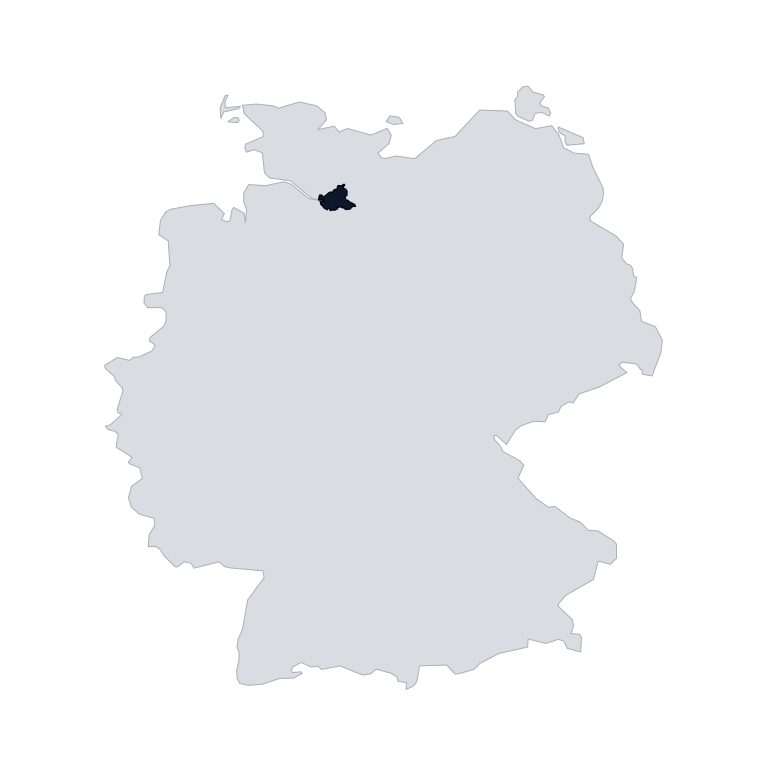 location of Hamburg within Germany, rotated 353°
{"feature_id": "DEU-1578", "entity_name": "Hamburg", "entity_type": "State", "adm_level": 1, "iso_a3": "DEU", "parent_name": "Germany", "parent_adm1": "", "projection": "natural_earth1", "projection_center": [10.019, 53.566], "detail": "fine", "context": "in_parent", "style": "filled", "palette": "ink", "viewbox_px": 768, "rotation_deg": 353, "n_neighbors": 0, "source": "natural_earth", "source_scale": "10m", "svg_char_len": 5790}
<svg xmlns="http://www.w3.org/2000/svg" viewBox="0 0 768 768"><g transform="rotate(353 384 384)"><path d="M327.4,670.3L306.0,658.5L287.1,659.7L284.0,655.9L277.5,656.2L267.8,650.2L259.2,653.7L257.1,657.2L257.7,659.2L266.4,659.5L267.6,661.2L258.7,664.8L244.2,663.6L227.1,667.1L212.8,666.6L204.5,663.7L202.3,658.3L202.9,650.3L206.5,639.8L207.5,632.0L206.0,627.1L208.1,619.7L213.8,609.9L222.4,581.6L241.4,561.6L241.1,554.7L208.6,547.7L203.3,545.7L198.7,540.5L172.9,543.6L170.7,538.3L163.9,536.1L156.7,540.4L154.2,539.8L144.4,527.2L141.9,521.3L137.3,517.4L130.2,516.7L132.5,505.0L139.3,496.4L139.5,489.3L125.3,483.4L118.2,475.3L116.5,465.8L120.8,454.9L132.6,448.3L131.4,437.6L121.4,432.0L120.8,430.2L125.1,426.2L110.4,414.0L114.0,401.9L111.5,398.3L104.6,395.6L102.4,392.0L107.5,391.1L119.3,382.8L119.8,381.4L116.5,380.2L116.1,376.7L124.0,359.0L123.7,355.9L117.6,347.3L117.6,344.2L109.1,334.4L109.2,331.3L122.7,325.2L134.2,329.6L138.5,326.9L144.1,327.3L157.9,322.8L161.7,317.4L156.5,313.0L157.1,309.5L172.7,299.7L175.3,295.0L176.4,286.0L174.4,283.0L172.4,281.0L159.0,279.5L155.6,274.3L156.9,267.5L159.2,266.2L175.4,266.2L182.0,246.5L185.9,240.3L187.3,215.7L178.7,208.4L182.1,194.3L188.3,186.7L193.1,184.6L213.9,183.4L236.9,183.9L246.3,195.4L242.7,201.2L248.3,204.0L251.0,203.0L254.5,192.2L256.5,190.5L266.0,197.6L266.1,207.0L268.8,194.3L266.9,185.5L268.3,176.9L273.9,169.6L290.7,172.7L309.3,171.1L316.3,174.4L332.2,190.9L344.3,194.5L335.0,191.0L315.8,170.9L295.6,165.6L291.1,159.9L291.4,139.7L283.8,135.7L275.7,137.1L274.6,132.5L275.9,129.1L294.2,123.7L294.6,118.3L278.2,98.7L277.5,90.1L291.5,90.6L308.5,94.6L312.6,97.4L334.3,93.8L350.9,99.6L358.7,107.8L359.1,114.9L349.4,123.4L366.0,122.1L370.1,128.3L379.0,126.0L401.4,135.4L418.4,130.6L421.5,138.2L418.2,145.9L406.3,154.1L408.9,159.2L412.8,160.3L424.0,159.2L441.9,164.2L465.7,148.7L484.7,146.9L512.4,123.7L539.7,128.1L547.0,138.0L565.4,149.0L582.0,148.1L588.1,158.5L591.0,171.3L600.8,178.0L615.0,180.9L617.7,194.4L625.2,215.6L625.1,222.2L622.7,229.4L618.2,235.6L609.0,242.9L608.5,247.1L632.3,265.3L638.9,274.5L635.3,287.6L639.2,294.1L643.1,296.2L644.8,299.6L644.9,307.2L647.9,309.4L643.4,323.3L639.1,328.9L640.6,333.8L646.9,342.3L647.2,353.2L660.3,360.1L665.6,374.5L662.6,386.9L651.0,408.7L641.5,405.7L642.0,401.1L640.3,400.8L637.1,394.8L623.1,391.4L619.2,394.2L626.4,402.3L597.6,413.2L576.6,417.6L569.3,425.8L565.5,424.2L557.1,427.7L553.7,433.0L543.5,434.5L539.1,441.2L528.1,439.2L514.8,442.2L508.9,445.6L498.2,458.9L489.3,448.7L487.0,448.7L486.5,452.1L491.8,459.4L493.9,465.6L509.5,476.8L512.9,481.5L505.5,493.9L520.8,516.0L532.2,526.4L538.6,526.4L552.7,540.0L562.0,544.9L569.2,554.4L578.3,555.8L592.3,567.2L595.2,571.1L593.6,585.4L586.8,590.5L575.0,585.9L568.2,603.4L538.6,616.0L530.1,623.7L530.1,626.2L542.4,641.0L542.5,647.6L539.1,654.5L547.6,656.3L549.0,659.8L546.6,673.9L533.7,668.8L531.2,661.0L525.8,658.7L513.1,661.2L495.9,654.7L494.5,662.6L465.1,665.5L444.8,673.2L438.8,678.2L422.8,680.7L418.9,680.3L412.1,670.6L384.9,668.1L380.5,682.9L377.0,687.1L368.8,689.9L369.9,683.1L361.5,680.7L361.1,676.3L355.5,671.8L341.5,666.1L335.3,670.1L327.4,670.3ZM580.8,130.3L582.4,135.5L580.8,138.2L573.9,133.7L567.1,133.8L563.2,140.6L560.2,140.9L549.6,134.7L547.8,131.7L548.5,117.8L551.7,114.8L552.2,110.5L557.9,106.0L563.1,105.8L567.3,112.3L577.4,116.6L578.2,118.5L572.9,124.0L574.2,127.0L580.8,130.3ZM611.7,163.8L612.0,169.9L594.6,169.3L593.1,164.7L594.2,160.2L588.3,155.3L588.3,150.1L611.7,163.8ZM258.1,94.4L254.3,100.6L255.1,89.7L261.7,78.1L264.5,78.4L260.8,83.7L260.1,90.4L275.1,91.0L273.3,93.0L258.1,94.4ZM434.6,127.6L425.3,127.7L418.2,123.8L422.6,118.6L431.6,121.1L434.6,127.6ZM272.5,104.8L270.1,106.7L261.2,104.7L267.8,101.1L271.6,102.0L272.5,104.8Z" fill="#d9dde1" stroke="#a8b0b8" stroke-width="1"/><path d="M343.0,195.0L346.4,195.6L347.2,195.3L346.4,194.3L344.1,193.3L341.6,193.1L342.1,191.6L342.2,191.1L342.3,190.6L342.4,190.4L342.4,190.2L342.6,190.0L342.8,189.9L343.0,189.7L343.2,188.9L343.3,188.7L343.5,188.7L343.8,188.7L344.5,188.8L345.0,189.1L345.6,189.4L345.8,189.6L345.9,189.8L345.7,190.5L345.6,190.8L345.6,191.0L345.7,191.3L345.8,191.3L346.0,191.4L346.2,191.5L347.0,191.2L352.9,187.4L354.5,187.1L356.1,187.3L356.4,187.3L356.7,187.2L357.0,187.0L357.6,185.8L357.8,185.5L358.2,185.3L358.9,185.1L359.3,185.0L359.7,185.0L360.5,185.2L361.0,184.9L361.3,184.7L362.1,182.2L362.3,181.9L362.6,181.7L362.8,181.6L363.0,181.6L365.9,182.2L366.3,182.1L366.6,182.0L367.7,181.2L368.0,181.1L368.3,181.0L368.7,181.1L368.9,181.1L369.1,181.3L369.1,181.5L369.0,181.8L368.9,182.0L368.2,182.8L367.6,183.7L367.4,184.2L367.3,184.4L367.4,184.6L367.6,184.9L369.7,186.1L369.8,186.1L369.8,186.5L369.9,187.0L370.0,187.5L370.3,187.7L370.6,187.8L370.7,188.0L370.8,188.4L370.7,188.9L370.7,189.2L370.5,189.6L370.4,189.9L370.2,190.8L370.2,191.9L370.1,192.1L370.0,192.3L369.8,192.4L369.2,192.6L368.1,192.8L367.8,193.0L367.8,193.3L367.9,193.6L368.3,194.9L368.4,195.6L368.4,196.1L368.4,196.5L368.6,196.8L369.3,197.0L370.3,197.3L370.8,197.7L372.3,199.6L373.7,200.2L374.2,200.5L376.3,202.2L376.7,202.2L376.8,202.2L376.9,202.6L377.2,204.0L374.6,204.0L374.1,204.1L373.5,204.4L372.1,205.8L372.0,206.0L368.6,206.2L367.6,206.0L366.6,205.5L366.0,204.7L365.3,204.1L364.1,203.9L363.3,203.4L362.4,202.6L361.9,202.6L359.7,203.2L359.3,203.3L359.1,203.5L359.2,203.8L359.2,204.1L359.0,204.4L358.0,204.8L356.4,205.3L355.8,205.4L355.4,205.4L354.3,204.8L354.0,204.7L353.6,204.8L352.4,205.3L352.1,205.3L351.8,205.1L351.8,204.8L351.8,204.1L351.6,203.3L351.3,202.9L351.0,202.7L350.7,202.7L350.2,202.8L349.9,203.0L349.2,203.9L348.9,204.0L348.7,204.0L346.7,202.5L346.2,202.1L345.9,201.7L345.5,201.1L345.3,200.7L345.0,200.0L344.8,199.7L344.7,199.5L344.3,199.3L344.2,199.2L344.0,198.7L343.8,198.6L343.3,198.1L343.1,195.3L343.0,195.0Z" fill="#0f172a" stroke="#020617" stroke-width="1.5"/></g></svg>